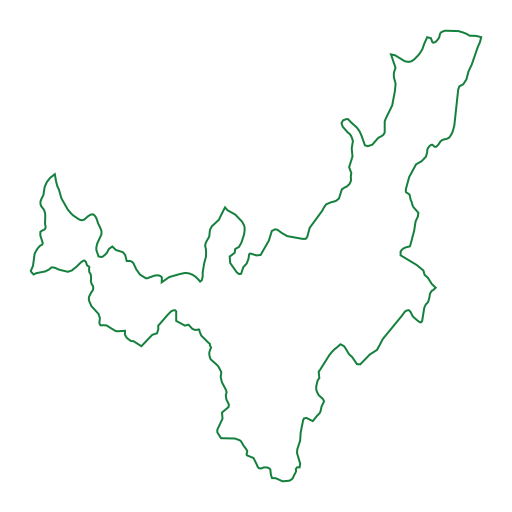 outline of Boyacá
{"feature_id": "COL-1315", "entity_name": "Boyacá", "entity_type": "Department", "adm_level": 1, "iso_a3": "COL", "parent_name": "Colombia", "parent_adm1": "", "projection": "robinson", "projection_center": [-73.321, 5.85], "detail": "fine", "context": "isolated", "style": "outline", "palette": "green", "viewbox_px": 512, "rotation_deg": 0, "n_neighbors": 0, "source": "natural_earth", "source_scale": "10m", "svg_char_len": 5753}
<svg xmlns="http://www.w3.org/2000/svg" viewBox="0 0 512 512"><path d="M476.2,35.9L481.2,37.2L481.0,38.0L479.8,42.6L478.0,46.4L471.7,64.7L468.5,71.4L466.4,79.5L463.2,84.3L459.4,86.3L458.2,89.6L454.3,125.6L452.5,132.2L451.0,135.0L449.0,137.8L446.1,139.1L443.8,139.4L442.0,140.2L440.4,141.5L438.9,143.9L437.2,145.9L435.8,146.9L434.4,146.6L433.5,145.8L432.7,145.0L432.1,144.7L431.1,144.9L429.7,145.9L428.2,147.7L427.3,149.6L427.2,152.1L426.0,156.6L421.6,161.2L416.1,164.3L409.2,177.0L405.9,189.0L405.8,191.0L406.1,192.3L408.7,193.9L409.7,195.1L410.6,199.6L411.7,202.1L412.3,204.6L413.3,207.0L418.4,212.8L417.9,216.4L415.6,221.4L414.1,231.0L410.4,244.9L409.8,246.4L406.0,247.3L403.3,248.5L401.7,250.0L400.6,251.5L400.6,255.3L416.7,265.0L423.4,270.5L424.6,274.9L427.9,277.8L431.8,284.0L435.7,287.7L433.2,290.1L432.0,290.6L430.8,292.2L429.9,294.0L429.4,297.5L428.7,300.1L428.0,302.2L425.9,304.3L424.8,306.5L424.2,308.2L422.1,321.2L420.9,322.4L419.5,322.0L417.3,320.4L413.6,317.2L412.5,315.9L411.0,312.8L410.0,311.2L408.8,310.2L407.1,310.4L405.1,311.4L401.2,316.6L382.8,339.0L379.2,345.9L376.9,350.0L369.8,354.5L360.2,364.4L356.9,364.1L352.2,357.1L349.1,354.3L345.1,347.7L343.8,346.0L340.4,344.3L336.5,347.8L334.7,349.1L332.2,351.6L329.4,355.0L320.1,369.8L318.7,371.5L319.3,378.2L318.1,379.7L317.6,380.8L317.1,382.5L316.2,386.7L316.2,389.3L317.0,392.0L318.7,395.2L322.8,398.9L324.1,401.3L321.5,406.6L320.6,411.1L319.6,413.2L316.8,416.1L312.8,421.1L306.5,418.0L304.2,418.3L303.2,419.9L300.7,432.3L300.1,440.8L297.3,449.2L297.0,452.9L300.2,463.8L299.6,467.3L297.1,467.3L296.2,468.5L295.8,469.4L296.1,470.4L296.0,471.4L295.5,472.6L293.5,476.4L293.0,477.9L291.7,479.3L289.5,480.7L282.6,481.3L275.7,478.2L272.0,478.1L270.9,474.7L270.3,469.4L268.8,468.1L267.2,467.5L265.5,467.4L263.9,467.4L260.9,468.5L258.9,468.2L257.6,466.7L256.8,464.6L253.5,458.0L246.9,455.3L246.6,454.1L247.3,451.2L246.1,449.0L243.7,445.9L241.1,441.4L239.6,440.2L234.8,438.5L221.0,438.2L217.3,432.3L217.3,429.8L222.5,418.7L222.0,412.5L228.5,407.1L228.9,404.6L226.3,399.2L225.8,395.1L226.6,392.4L226.1,390.2L221.9,382.2L220.7,377.1L221.3,372.1L218.7,367.1L217.9,365.9L215.2,363.3L210.7,359.4L209.8,357.1L209.3,354.5L209.3,352.5L210.1,349.8L211.1,347.5L209.9,345.5L209.9,344.0L209.7,343.7L208.2,342.5L201.2,335.5L199.6,331.5L199.2,329.6L198.2,329.5L196.9,329.9L194.9,329.9L192.3,328.8L188.5,324.7L184.9,325.6L176.2,320.9L176.2,311.3L175.1,310.3L174.3,310.2L172.7,310.6L171.2,311.3L167.5,315.0L158.2,325.8L158.3,329.2L157.0,333.3L152.3,334.8L141.4,346.2L133.5,341.2L131.0,341.0L128.4,339.2L126.6,337.6L124.9,334.6L125.0,330.8L116.8,331.3L114.9,330.6L111.9,328.8L106.5,325.4L102.8,325.2L100.7,325.4L99.7,324.1L99.4,322.5L99.8,319.0L99.8,317.8L98.5,313.9L91.4,306.1L89.1,300.8L88.8,298.9L89.1,296.6L91.2,292.5L92.8,290.3L93.3,288.0L93.0,286.2L91.7,284.2L90.9,281.3L91.1,278.0L90.9,275.6L90.6,274.1L89.4,272.3L89.1,270.4L89.1,268.6L89.3,267.6L89.2,266.8L88.8,266.4L88.1,266.1L87.5,265.7L86.9,265.0L86.6,264.1L86.3,263.1L85.9,261.9L84.8,260.7L83.4,260.6L81.0,262.3L76.0,267.2L73.5,269.0L72.0,270.4L67.9,271.8L60.0,269.9L57.8,269.2L55.3,267.9L52.3,267.3L51.2,267.6L49.2,269.4L45.3,271.4L36.2,273.2L33.6,274.5L32.8,273.5L31.5,272.3L30.8,270.9L33.0,265.8L34.6,253.9L35.9,251.2L37.8,248.2L40.1,245.7L42.1,244.7L42.8,243.2L40.3,235.3L40.4,231.8L41.4,231.0L44.1,229.7L45.0,229.1L45.6,227.4L45.5,226.0L45.2,224.8L45.0,223.4L45.3,215.6L45.0,212.8L43.9,209.7L41.5,206.6L40.6,204.8L40.4,201.9L41.2,199.4L43.4,195.0L44.7,186.8L46.9,182.0L50.1,177.9L54.8,174.2L55.6,178.5L55.8,180.1L57.2,185.9L58.9,189.5L61.4,198.3L67.8,209.6L71.4,213.8L73.6,215.8L75.9,217.2L77.3,218.3L78.7,219.2L80.3,219.9L81.9,220.3L84.2,219.6L88.5,215.9L90.8,214.6L93.0,214.3L94.8,215.7L96.4,218.2L98.3,223.9L100.1,227.4L101.5,231.1L101.4,234.5L97.4,243.1L96.4,246.9L96.3,249.8L98.5,256.4L101.3,257.0L102.4,256.8L104.4,255.3L106.7,253.1L109.0,248.9L112.3,246.5L115.9,250.0L122.9,252.2L125.2,255.0L126.7,261.0L129.8,261.0L131.6,261.5L133.3,263.0L136.2,269.2L140.0,274.6L145.9,278.3L147.8,278.2L149.8,277.2L151.1,276.9L154.5,275.6L157.4,275.3L159.1,275.5L160.9,276.4L161.9,277.5L161.7,282.3L169.2,277.1L180.0,274.0L185.3,272.9L189.1,273.4L192.5,274.7L195.5,276.7L198.7,279.9L200.1,281.6L201.8,280.2L202.3,278.2L202.7,276.3L202.7,272.1L204.3,262.7L205.9,257.1L206.1,252.7L205.9,248.8L205.1,245.7L205.9,242.4L209.2,236.7L210.0,229.8L211.8,226.3L219.0,219.7L219.8,217.7L225.0,207.4L227.6,210.3L235.2,214.5L242.0,221.6L244.0,225.2L244.6,227.5L244.6,230.8L244.0,234.7L241.5,242.4L239.0,246.9L235.2,249.0L234.8,252.1L234.6,252.9L231.0,255.6L229.7,256.5L230.2,263.0L236.8,272.4L239.1,274.1L241.1,273.8L243.3,267.2L246.7,263.5L248.5,258.8L249.1,254.5L249.7,253.7L250.8,253.6L256.4,255.4L260.6,255.0L268.9,240.5L271.8,231.0L274.8,229.4L275.8,229.4L277.6,229.9L281.8,233.0L287.2,236.1L302.6,238.9L305.6,238.9L307.2,237.0L309.7,227.8L322.2,210.8L324.0,207.4L326.1,204.4L330.7,202.4L335.8,201.0L338.9,198.6L341.9,189.3L344.8,187.4L346.7,186.6L349.3,184.2L350.5,182.0L351.0,180.1L350.8,176.6L351.3,173.0L349.1,167.2L352.5,156.5L351.7,148.4L352.9,141.2L352.2,138.6L351.0,135.7L349.5,133.8L347.8,132.5L342.7,126.7L341.5,123.2L343.1,120.3L346.4,119.1L348.0,119.1L351.2,122.5L356.9,127.6L359.7,131.6L361.5,135.6L364.9,145.3L367.8,146.2L372.3,144.7L378.3,137.8L381.6,136.1L383.4,134.8L384.7,132.5L384.7,121.4L385.9,118.3L392.2,105.4L394.9,91.0L395.6,83.8L393.9,77.3L393.8,74.5L394.1,72.0L395.5,67.8L391.0,54.4L395.1,55.3L404.7,61.2L408.2,61.9L411.3,61.4L414.2,59.4L418.7,54.8L420.7,52.0L422.4,49.1L424.2,43.9L427.2,37.2L431.0,38.3L432.2,41.8L433.2,42.7L434.8,42.3L436.3,41.2L437.9,39.4L439.0,37.8L439.5,36.3L439.7,35.0L440.3,33.3L441.4,32.1L444.9,30.7L458.5,31.1L463.1,32.5L466.4,33.8L469.6,35.7L476.2,35.9Z" fill="none" stroke="#15803d" stroke-width="2"/></svg>